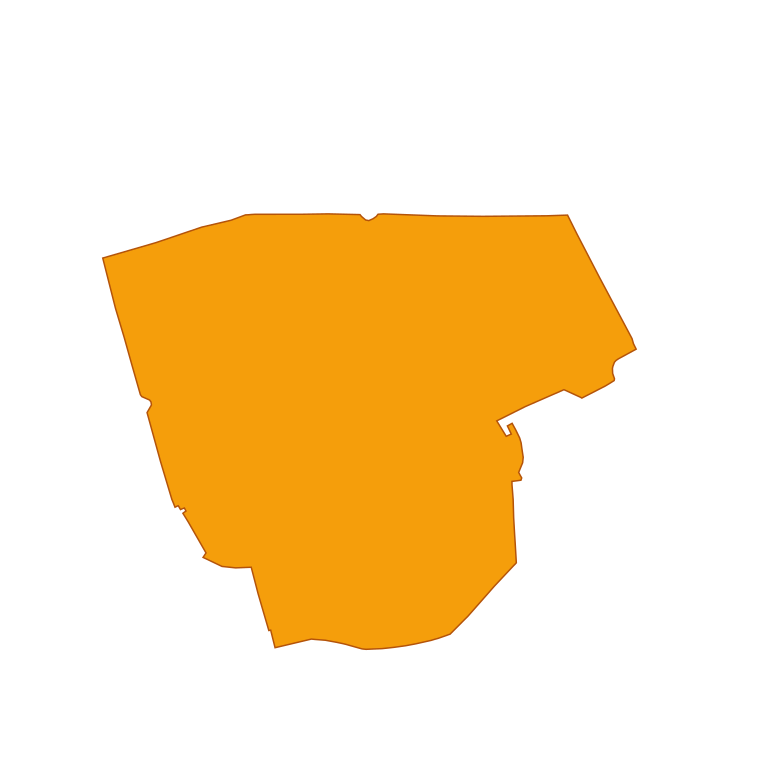 Abdin, Al Qahirah, Egypt, rotated 60°
{"feature_id": "37247803B10880133914548", "entity_name": "Abdin", "entity_type": "district", "adm_level": 2, "iso_a3": "EGY", "parent_name": "Egypt", "parent_adm1": "Al Qahirah", "projection": "orthographic", "projection_center": [31.247, 30.046], "detail": "fine", "context": "isolated", "style": "filled", "palette": "amber", "viewbox_px": 768, "rotation_deg": 60, "n_neighbors": 0, "source": "geoboundaries", "source_scale": "gbopen_adm2", "svg_char_len": 1934}
<svg xmlns="http://www.w3.org/2000/svg" viewBox="0 0 768 768"><g transform="rotate(60 384 384)"><path d="M473.8,147.8L468.7,146.5L399.4,144.1L350.7,141.9L349.0,141.8L347.3,141.7L329.5,140.6L319.8,158.8L288.2,214.6L265.0,253.9L236.4,299.4L234.0,304.3L235.1,307.0L235.1,307.4L235.4,310.9L234.9,315.5L233.8,316.7L232.8,317.9L227.7,319.7L226.5,319.9L225.3,320.1L208.8,347.2L196.2,369.8L172.4,411.1L170.7,414.5L169.8,416.5L168.3,419.4L165.7,434.6L157.0,463.4L147.5,511.0L134.3,564.6L184.2,578.7L213.7,585.7L239.9,592.4L271.4,600.3L272.6,600.2L273.9,600.0L275.4,598.9L280.7,595.0L283.2,594.8L285.9,595.9L290.3,603.5L339.4,616.3L377.8,625.4L381.6,625.9L386.2,626.6L386.4,623.8L386.5,623.1L388.2,623.0L391.0,623.0L391.1,621.8L391.6,618.9L395.0,619.0L395.2,621.2L395.4,622.8L405.4,622.5L441.3,622.6L442.5,625.0L443.7,627.4L461.0,615.5L469.0,604.5L476.3,590.6L502.7,597.9L539.9,607.0L540.2,606.1L540.5,605.2L557.9,610.2L568.6,574.4L570.7,571.5L572.0,569.6L576.6,562.9L584.0,554.2L588.6,549.1L590.8,546.8L593.1,544.6L597.7,540.1L602.5,535.4L604.8,532.2L607.6,526.8L612.2,518.0L613.4,515.3L614.6,512.6L617.1,506.9L621.5,496.1L625.0,486.1L629.6,471.4L630.4,467.9L631.3,464.5L633.0,455.6L633.3,453.7L633.7,451.9L629.1,435.0L628.1,431.3L627.1,427.5L614.2,389.3L606.1,362.5L605.6,360.6L605.0,358.8L587.7,350.1L580.4,346.5L564.7,338.6L548.6,329.9L535.2,323.5L533.8,322.7L532.3,321.9L534.5,316.7L535.8,313.5L535.0,312.6L534.2,311.7L531.7,311.7L528.0,311.6L526.9,310.3L525.9,309.0L521.5,303.3L519.3,301.7L517.1,300.1L508.7,296.8L503.6,294.7L501.1,294.1L498.6,293.5L490.1,292.9L482.1,292.7L482.0,298.1L487.3,298.5L491.0,298.8L490.4,304.3L472.3,304.8L474.2,273.0L478.9,231.0L493.4,220.7L494.2,220.2L495.1,219.7L496.4,193.2L496.3,187.9L496.1,183.0L494.8,181.8L489.2,180.7L487.1,179.6L484.8,178.4L483.3,177.1L480.4,173.6L479.6,171.2L479.5,169.4L479.4,168.2L479.9,148.2L475.4,147.9L473.8,147.8Z" fill="#f59e0b" stroke="#b45309" stroke-width="1.5"/></g></svg>